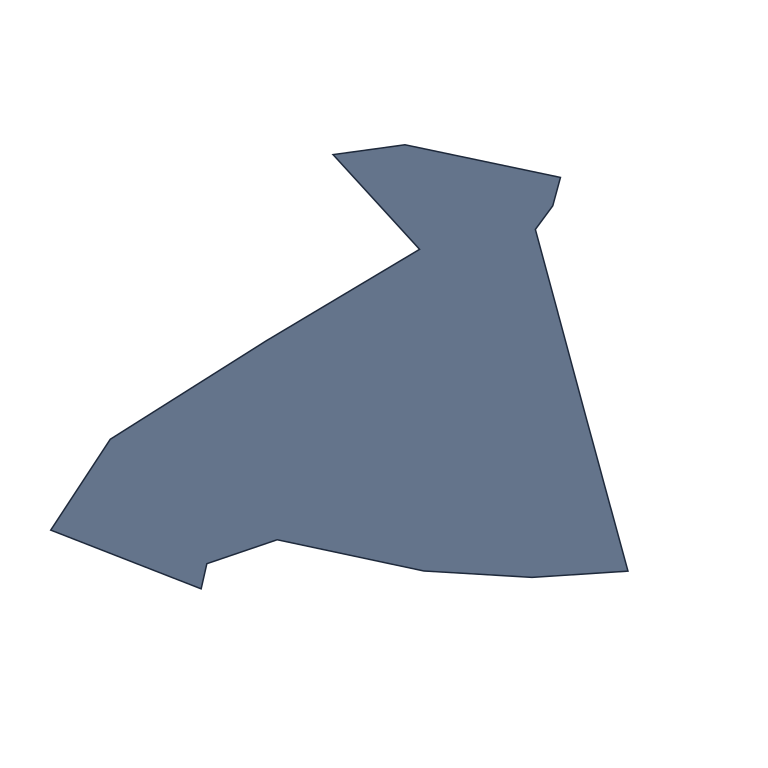 La Trinidad Vista Hermosa, Oaxaca, Mexico, rotated 285°
{"feature_id": "50627088B62865505468510", "entity_name": "La Trinidad Vista Hermosa", "entity_type": "district", "adm_level": 2, "iso_a3": "MEX", "parent_name": "Mexico", "parent_adm1": "Oaxaca", "projection": "natural_earth1", "projection_center": [-97.499, 17.778], "detail": "fine", "context": "isolated", "style": "filled", "palette": "slate", "viewbox_px": 768, "rotation_deg": 285, "n_neighbors": 0, "source": "geoboundaries", "source_scale": "gbopen_adm2", "svg_char_len": 566}
<svg xmlns="http://www.w3.org/2000/svg" viewBox="0 0 768 768"><g transform="rotate(285 384 384)"><path d="M138.8,260.4L164.6,259.4L205.9,321.1L213.7,470.9L235.5,577.0L266.4,668.1L322.3,635.5L323.9,634.5L338.7,625.9L340.9,624.6L348.8,620.0L355.2,616.3L382.0,600.7L401.5,589.3L409.6,584.6L420.8,578.1L433.1,571.0L442.4,565.6L492.5,536.6L496.4,534.3L498.6,533.1L511.3,525.7L519.4,521.0L572.5,490.2L599.8,500.9L629.2,501.0L620.5,342.3L592.4,275.4L523.3,383.5L395.4,259.2L259.8,133.9L156.6,99.9L138.8,260.4Z" fill="#64748b" stroke="#1e293b" stroke-width="1.5"/></g></svg>